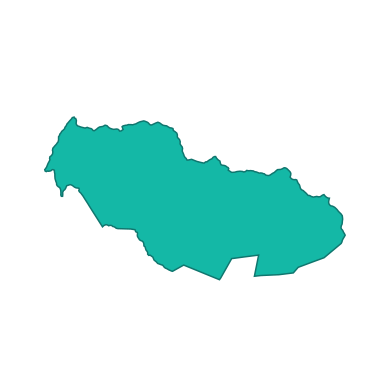 outline of Iaçu, Bahia, Brazil, rotated 55°
{"feature_id": "56859067B4300618576935", "entity_name": "Iaçu", "entity_type": "district", "adm_level": 2, "iso_a3": "BRA", "parent_name": "Brazil", "parent_adm1": "Bahia", "projection": "orthographic", "projection_center": [-40.195, -12.802], "detail": "fine", "context": "isolated", "style": "filled", "palette": "teal", "viewbox_px": 384, "rotation_deg": 55, "n_neighbors": 0, "source": "geoboundaries", "source_scale": "gbopen_adm2", "svg_char_len": 4912}
<svg xmlns="http://www.w3.org/2000/svg" viewBox="0 0 384 384"><g transform="rotate(55 192 192)"><path d="M65.0,245.1L64.2,245.9L63.0,245.6L62.4,247.4L63.0,248.8L63.4,250.7L63.7,252.0L64.2,253.8L64.5,255.3L65.2,256.4L65.7,257.4L66.1,258.9L67.1,260.1L67.4,261.8L67.6,263.9L68.4,265.6L68.8,267.2L69.7,268.1L70.1,269.5L71.3,270.4L72.5,271.2L73.6,272.3L74.3,273.3L74.5,274.3L75.0,275.4L75.3,276.7L75.5,277.8L75.9,279.2L76.3,280.8L77.8,282.4L79.2,282.9L80.0,283.6L80.9,284.5L81.6,286.4L81.6,288.1L82.8,289.4L84.0,289.8L84.9,291.2L85.6,292.7L86.2,293.8L87.1,295.2L88.1,296.7L88.8,298.4L89.2,299.8L90.6,300.3L91.7,299.7L91.8,298.6L92.8,297.5L93.3,296.4L93.7,295.4L93.5,294.1L93.8,293.1L95.2,292.3L96.7,293.2L98.7,294.1L100.3,295.2L101.3,295.8L102.5,296.5L103.9,297.0L105.5,297.5L106.9,297.8L108.4,298.7L109.6,298.8L111.0,298.5L112.4,297.9L113.7,298.0L115.2,298.5L116.9,299.5L118.1,300.3L119.2,301.2L120.6,301.5L121.3,300.5L120.2,299.5L119.2,298.8L118.1,298.1L117.2,296.5L117.1,294.8L116.4,293.2L115.7,292.2L115.0,291.0L115.6,289.1L116.0,287.7L117.1,286.7L118.5,286.1L120.5,285.5L122.1,284.6L123.0,283.6L124.0,282.5L125.1,282.8L126.0,284.0L127.3,284.1L129.2,283.7L132.9,283.6L136.5,283.8L141.7,284.0L144.9,284.2L151.0,284.5L169.2,285.3L168.9,283.3L169.4,281.2L170.6,280.1L171.9,279.6L172.3,278.2L173.4,277.0L174.8,276.7L175.7,275.8L177.0,275.2L178.2,274.9L179.5,273.7L187.1,263.5L190.2,260.3L192.2,260.9L193.8,260.0L195.0,260.6L195.9,261.5L197.3,262.2L199.1,262.3L201.1,262.4L202.8,261.6L203.7,260.9L205.0,260.7L206.3,261.0L207.5,261.6L208.6,262.3L210.2,261.9L211.9,262.6L213.5,263.0L215.2,262.8L216.6,263.3L217.5,264.0L219.1,263.8L219.8,262.5L221.5,261.9L223.0,261.4L224.4,261.8L226.2,262.1L227.4,261.7L228.8,261.3L230.8,261.1L232.1,260.2L233.1,259.5L234.0,258.9L235.1,258.0L236.3,257.9L237.6,257.9L239.0,257.5L240.4,256.6L241.7,256.0L243.0,255.4L243.8,254.8L244.8,254.3L245.8,253.4L247.1,240.7L279.6,219.8L278.9,217.8L269.3,197.7L270.1,196.2L274.9,186.9L281.9,173.6L296.8,189.2L299.9,183.5L309.6,168.2L316.4,155.4L314.6,148.2L318.6,132.8L321.2,123.0L321.6,121.5L319.7,99.3L318.9,97.8L317.9,96.7L317.1,95.3L315.9,92.6L315.2,91.3L313.3,91.0L311.9,91.0L310.7,90.7L309.5,90.6L308.1,90.8L306.8,90.5L305.3,89.1L304.4,87.5L303.2,86.4L302.3,85.7L300.7,84.2L299.5,83.5L297.6,82.5L295.3,82.5L293.9,82.8L291.7,83.2L290.6,83.2L289.3,83.3L287.7,83.6L286.4,83.9L285.3,84.4L284.1,85.1L283.0,86.2L281.8,86.6L280.2,86.6L279.2,86.2L278.3,85.6L276.8,84.1L275.9,83.0L275.0,84.0L273.8,84.7L272.6,85.1L271.4,85.3L269.8,85.4L269.4,86.9L269.4,89.7L268.5,91.2L267.2,92.3L266.7,93.4L265.8,95.5L264.0,96.9L262.4,97.6L261.3,98.9L259.2,99.1L257.5,99.4L256.1,99.8L254.8,100.0L253.7,100.6L252.6,101.1L250.9,101.0L249.1,100.3L247.7,99.9L246.0,100.0L244.8,99.9L243.6,99.6L242.2,99.3L241.3,99.9L240.7,101.0L239.6,102.2L238.0,103.0L236.1,103.1L234.9,101.6L233.8,100.6L232.8,100.2L231.6,100.1L230.3,100.3L228.7,100.6L227.2,100.9L226.0,101.5L225.0,102.6L224.7,105.1L224.3,106.6L223.5,107.8L222.7,109.2L222.9,111.4L223.2,113.4L222.9,115.4L222.9,116.5L222.9,118.2L222.6,119.6L221.7,120.7L220.4,121.9L218.6,122.3L217.7,123.2L216.7,123.8L215.8,124.8L215.1,126.1L213.8,126.9L212.5,127.8L211.2,129.1L210.0,129.6L209.1,130.6L208.1,131.7L207.1,133.4L205.7,134.8L205.9,136.5L205.3,138.1L204.0,139.0L202.5,140.8L201.6,142.4L201.0,143.5L200.3,145.6L199.3,147.3L198.6,148.3L196.4,149.2L194.9,149.8L193.9,148.5L192.7,148.4L191.6,149.0L190.2,149.4L189.2,150.0L188.4,150.7L187.7,151.6L186.3,152.6L184.9,152.3L182.7,151.4L181.2,152.0L180.0,152.3L178.2,152.5L176.5,152.3L175.8,153.4L175.7,155.0L176.2,156.6L175.8,158.5L175.7,160.8L175.9,162.2L175.1,163.7L175.3,165.4L174.5,166.3L172.4,168.2L171.0,169.4L169.7,170.5L167.9,171.7L166.2,172.8L165.0,173.6L164.4,175.0L163.7,176.7L162.9,177.8L161.1,177.5L159.8,177.9L157.7,177.7L156.6,177.3L154.8,176.9L153.1,176.6L151.9,175.7L151.0,174.8L149.5,174.2L147.6,174.3L145.8,174.2L144.0,172.8L142.1,172.2L140.6,172.3L139.2,172.6L138.1,172.2L136.8,171.2L135.1,170.7L133.1,171.2L130.9,172.0L129.1,171.2L127.9,172.0L126.7,173.3L125.1,174.1L123.3,174.8L121.9,176.3L120.6,177.5L119.1,178.1L117.0,178.8L115.3,179.9L114.8,181.7L114.4,183.9L113.9,186.7L113.2,187.6L111.9,188.0L110.5,188.1L109.3,188.5L108.2,189.2L106.8,190.1L106.0,190.9L105.4,192.5L104.9,193.7L104.5,195.0L104.3,196.3L104.1,197.5L104.0,198.9L103.4,200.5L102.9,202.1L102.0,203.1L101.3,204.1L100.3,205.4L99.9,207.0L99.2,208.2L98.7,209.5L98.3,210.7L98.4,211.8L99.7,212.2L101.3,212.5L101.3,213.8L101.3,215.1L100.5,216.4L99.2,216.3L98.1,216.7L97.1,217.7L96.4,219.1L95.7,220.3L94.6,221.3L93.4,222.2L92.0,223.0L90.3,223.4L88.9,223.6L87.4,224.9L87.2,227.2L86.5,228.8L85.7,230.5L85.6,232.2L85.8,234.2L85.8,235.9L85.7,237.0L84.8,237.8L83.5,237.8L82.3,238.2L81.3,239.1L80.2,240.0L79.1,240.6L78.6,241.7L78.4,242.9L77.4,243.7L75.6,245.3L74.3,246.3L73.2,247.0L72.4,247.7L71.0,248.0L69.5,247.7L68.0,246.4L67.0,245.6L65.0,245.1Z" fill="#14b8a6" stroke="#0f766e" stroke-width="1.5"/></g></svg>